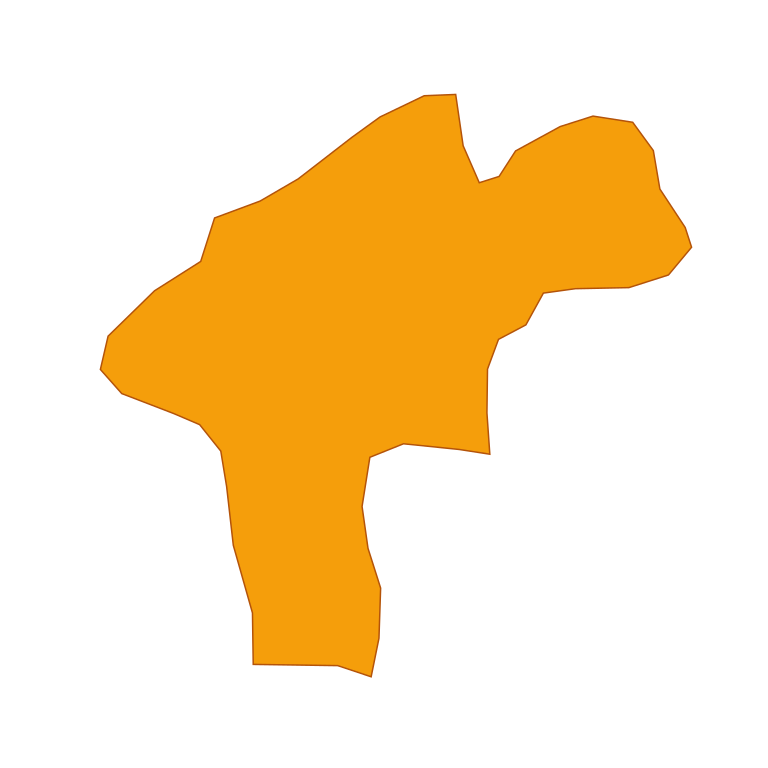 outline of Gothenburg, Västra Götaland, Sweden, rotated 9°
{"feature_id": "70781695B76264906816615", "entity_name": "Gothenburg", "entity_type": "district", "adm_level": 2, "iso_a3": "SWE", "parent_name": "Sweden", "parent_adm1": "Västra Götaland", "projection": "orthographic", "projection_center": [12.014, 57.721], "detail": "fine", "context": "isolated", "style": "filled", "palette": "amber", "viewbox_px": 768, "rotation_deg": 9, "n_neighbors": 0, "source": "geoboundaries", "source_scale": "gbopen_adm2", "svg_char_len": 799}
<svg xmlns="http://www.w3.org/2000/svg" viewBox="0 0 768 768"><g transform="rotate(9 384 384)"><path d="M417.1,675.2L418.8,635.9L412.6,586.1L393.9,548.8L381.5,508.4L381.5,458.6L412.6,440.0L468.5,436.9L498.3,436.8L499.5,436.8L490.2,396.5L483.9,353.1L490.1,322.0L514.9,303.4L527.2,269.3L558.2,259.9L610.8,250.5L627.1,242.3L647.9,231.8L666.4,200.8L657.0,182.3L626.0,148.3L613.5,111.3L588.7,86.6L586.3,86.6L548.5,86.7L517.7,102.2L477.5,133.2L465.2,161.0L446.6,170.3L424.9,136.3L410.0,88.4L409.5,86.8L378.6,93.0L338.4,120.8L313.6,145.5L267.1,194.9L233.0,222.7L190.7,246.5L183.8,291.6L142.8,327.8L104.0,379.9L101.6,414.0L126.5,434.5L181.0,446.1L208.3,453.0L233.3,475.8L244.6,509.9L260.4,566.9L289.9,630.7L298.7,681.4L382.3,669.4L417.1,675.2Z" fill="#f59e0b" stroke="#b45309" stroke-width="1.5"/></g></svg>